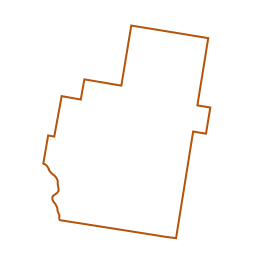 Columbiana, Ohio, United States of America, rotated 99°
{"feature_id": "52423323B72409574475457", "entity_name": "Columbiana", "entity_type": "district", "adm_level": 2, "iso_a3": "USA", "parent_name": "United States of America", "parent_adm1": "Ohio", "projection": "natural_earth1", "projection_center": [-80.666, 40.756], "detail": "fine", "context": "isolated", "style": "outline", "palette": "amber", "viewbox_px": 256, "rotation_deg": 99, "n_neighbors": 0, "source": "geoboundaries", "source_scale": "gbopen_adm2", "svg_char_len": 758}
<svg xmlns="http://www.w3.org/2000/svg" viewBox="0 0 256 256"><g transform="rotate(99 128 128)"><path d="M106.9,198.5L148.0,199.5L147.9,205.7L176.4,206.1L177.1,203.7L178.3,202.0L180.9,199.7L181.4,199.8L182.2,199.2L184.6,196.6L186.6,193.1L188.4,191.0L191.0,189.2L195.0,188.5L199.3,186.9L201.1,186.8L202.8,187.6L203.5,188.1L206.5,191.2L207.9,191.8L209.0,191.8L210.7,191.3L212.2,190.3L214.7,187.6L218.2,185.2L220.1,184.9L222.3,183.8L224.8,182.2L225.7,181.9L227.3,182.0L228.6,181.6L229.7,180.8L229.6,111.8L229.6,107.8L229.6,86.3L229.6,85.9L229.6,85.3L229.6,73.6L229.3,63.6L229.3,63.3L121.3,63.1L121.4,50.1L94.9,49.9L94.8,63.0L26.7,62.8L26.7,64.0L26.3,140.8L87.2,141.2L86.8,178.7L107.3,179.1L106.9,198.5Z" fill="none" stroke="#b45309" stroke-width="2"/></g></svg>